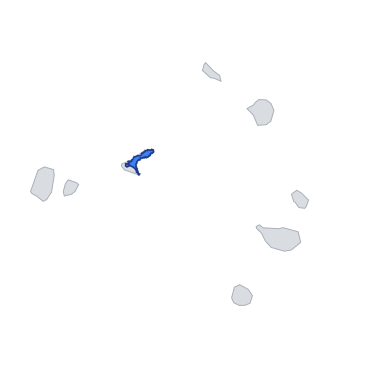 Nossa Senhora Do Rosario, Ribeira Brava, Cabo Verde shown in context, rotated 317°
{"feature_id": "66160863B38183693605809", "entity_name": "Nossa Senhora Do Rosario", "entity_type": "district", "adm_level": 2, "iso_a3": "CPV", "parent_name": "Cabo Verde", "parent_adm1": "Ribeira Brava", "projection": "robinson", "projection_center": [-24.164, 16.566], "detail": "fine", "context": "in_parent", "style": "filled", "palette": "blue", "viewbox_px": 384, "rotation_deg": 317, "n_neighbors": 0, "source": "geoboundaries", "source_scale": "gbopen_adm2", "svg_char_len": 5761}
<svg xmlns="http://www.w3.org/2000/svg" viewBox="0 0 384 384"><g transform="rotate(317 192 192)"><path d="M242.5,293.6L237.1,302.9L225.3,302.2L219.2,298.3L212.1,286.6L212.3,277.5L214.8,269.6L214.4,262.8L215.4,261.0L219.0,262.1L219.6,266.7L230.4,278.0L234.3,280.2L242.5,293.6ZM89.1,96.3L80.5,98.4L76.8,97.3L75.6,89.2L73.9,83.9L74.3,81.5L94.2,71.1L101.1,72.9L106.0,81.2L102.7,85.8L89.1,96.3ZM289.1,168.5L296.5,170.3L299.3,169.6L304.1,170.1L309.1,175.4L310.1,181.1L307.6,188.2L297.8,194.0L292.1,193.3L285.5,188.0L289.3,177.5L289.1,168.5ZM165.5,309.0L158.6,312.9L153.8,311.2L149.2,307.2L147.0,301.4L148.8,296.4L158.1,290.5L163.7,292.4L166.7,301.6L165.5,309.0ZM185.2,129.2L188.8,132.2L190.0,134.4L184.6,135.5L171.4,131.6L167.8,134.0L164.3,142.4L157.6,129.7L158.1,125.0L159.5,123.6L168.9,127.0L185.2,129.2ZM265.8,280.5L263.3,280.8L259.6,276.3L260.4,269.9L260.0,268.2L263.2,261.5L269.7,262.1L271.3,267.1L271.7,277.4L265.8,280.5ZM114.2,109.3L106.9,111.8L102.4,111.5L95.9,107.9L98.0,104.0L105.0,99.6L109.8,98.7L113.8,106.4L114.2,109.3ZM291.7,125.5L288.8,130.7L285.3,123.1L283.5,121.3L282.5,110.3L287.7,107.0L290.2,106.7L290.3,118.1L291.7,125.5Z" fill="#d9dde1" stroke="#a8b0b8" stroke-width="1"/><path d="M161.9,127.0L161.6,127.2L161.4,127.4L161.1,128.0L161.4,128.3L161.3,128.6L161.3,128.9L161.4,129.3L161.5,129.4L162.3,129.5L162.7,129.8L162.9,129.7L163.0,129.8L163.4,129.8L163.8,130.1L164.1,130.1L164.2,130.4L164.5,130.4L164.6,130.6L164.9,130.6L165.1,130.8L165.0,131.0L165.0,131.4L165.2,131.6L165.2,132.2L165.4,132.3L165.5,132.6L165.7,133.0L165.8,133.2L165.8,133.3L165.9,133.6L166.0,133.7L165.8,133.8L165.8,134.0L166.0,134.3L166.1,134.7L166.0,134.8L166.0,135.2L166.2,135.5L166.3,135.7L166.2,136.1L166.1,136.3L166.2,136.5L166.1,136.8L166.0,137.0L166.0,137.5L166.0,137.8L165.7,138.3L165.7,138.5L165.4,139.1L165.2,139.2L165.3,139.3L165.3,139.5L165.3,139.8L165.2,139.9L165.3,140.0L165.3,140.6L165.1,140.8L165.2,141.0L165.2,141.6L165.0,142.0L164.6,142.9L164.7,143.4L165.0,143.8L164.8,143.5L164.9,143.4L165.1,143.4L165.3,143.2L165.6,143.4L165.9,143.2L165.7,143.1L165.7,142.8L165.9,142.7L165.7,142.7L165.6,142.4L165.7,141.6L166.0,141.3L165.9,140.8L166.2,140.4L166.3,140.4L166.7,139.8L166.7,139.2L167.0,138.5L167.1,138.4L167.0,138.1L167.2,137.5L167.3,137.4L167.6,137.2L167.8,137.3L167.8,137.2L167.7,136.8L167.7,136.7L167.8,136.6L167.7,136.6L167.7,136.2L167.8,136.1L168.0,136.0L168.0,135.9L168.0,135.6L168.2,135.2L168.5,135.0L168.8,135.0L168.9,134.8L169.2,134.6L169.2,134.3L169.4,133.9L169.8,133.5L170.0,133.4L170.0,133.6L170.8,133.4L171.1,133.5L171.2,133.4L171.3,133.1L171.5,132.9L171.6,132.7L171.8,132.6L172.0,132.6L172.1,132.3L172.3,132.2L172.5,132.2L172.6,132.3L172.7,132.2L173.0,132.2L173.6,132.1L173.8,132.1L174.1,132.2L174.7,132.2L174.8,132.2L174.9,132.4L174.9,132.5L175.0,132.5L175.3,132.6L175.5,132.5L175.5,132.4L175.6,132.5L175.6,132.4L175.9,132.4L176.1,132.6L176.3,132.4L176.5,132.4L176.9,132.4L177.1,132.5L177.3,132.4L177.7,132.4L177.9,132.4L178.0,132.5L178.0,132.4L178.1,132.5L178.4,132.9L178.8,133.2L178.9,133.3L179.0,133.4L179.4,133.7L180.0,134.0L180.3,133.9L180.4,134.0L180.4,133.9L180.5,134.0L180.9,134.2L181.0,134.3L181.1,134.5L181.1,134.3L181.3,134.4L181.2,134.5L181.3,134.5L181.4,134.3L181.6,134.3L181.6,134.5L181.8,134.6L181.7,134.7L181.9,134.9L181.9,135.0L182.0,135.1L182.2,135.5L182.4,135.5L182.6,135.7L182.7,135.9L182.5,136.0L182.8,136.1L183.0,136.1L183.3,136.4L183.6,136.4L183.7,136.1L184.0,136.1L184.2,136.3L184.3,136.4L184.6,136.4L184.8,136.0L185.1,136.0L185.4,136.1L185.5,136.3L185.6,136.1L185.6,136.3L185.8,136.5L186.0,136.6L186.5,136.6L186.7,136.4L186.7,136.6L186.8,136.6L187.0,136.5L187.2,136.4L187.6,136.3L187.9,136.1L188.0,135.8L188.1,135.7L188.2,135.8L188.4,136.0L188.7,136.1L188.8,136.0L189.0,135.9L189.3,135.9L189.4,136.0L189.6,136.2L189.7,136.6L189.9,136.5L190.0,136.4L190.4,136.5L190.8,136.7L191.1,136.6L191.6,136.3L191.6,136.2L191.6,135.8L191.6,135.7L191.8,135.6L191.8,135.4L192.0,135.3L191.9,135.2L192.1,135.0L192.2,134.9L192.2,134.7L192.3,134.6L192.1,134.4L192.1,134.1L191.8,134.0L191.8,133.8L191.6,133.6L191.4,133.6L191.4,133.4L191.2,133.5L191.0,133.8L190.9,133.7L191.0,133.4L190.9,133.2L190.5,133.2L190.3,133.0L190.2,133.1L189.8,133.2L189.7,133.1L189.6,132.4L189.3,132.3L189.2,132.2L189.2,131.7L189.0,131.4L188.9,131.4L188.8,131.2L188.4,131.2L188.1,130.9L187.8,131.0L187.9,130.7L187.6,130.7L187.4,130.7L187.1,130.6L186.9,130.5L186.8,130.4L186.7,130.4L186.1,130.2L185.9,130.3L185.9,130.2L185.8,130.3L185.7,130.2L185.6,130.3L185.3,130.1L184.8,130.1L184.7,130.0L184.1,129.9L184.0,130.1L183.9,130.0L183.5,130.0L183.3,130.1L183.2,130.0L182.9,130.0L182.7,129.9L182.3,129.7L182.0,129.7L182.0,129.4L181.8,129.4L181.8,129.5L181.7,129.4L181.4,129.4L181.3,129.6L181.0,129.7L180.9,130.0L180.6,130.3L180.0,130.3L179.8,130.3L179.3,130.1L178.7,130.0L178.2,129.7L177.8,129.3L177.5,128.8L177.3,128.4L177.0,128.5L176.4,128.2L176.2,128.1L176.0,127.8L175.5,127.7L175.4,127.6L175.2,127.6L175.3,127.7L175.1,127.8L174.5,127.6L174.3,127.4L174.2,127.3L174.0,127.2L173.9,127.1L173.8,126.8L173.6,127.0L172.8,126.9L172.6,127.1L172.4,127.1L171.9,127.6L171.6,127.7L171.1,127.7L170.6,127.9L170.4,127.6L170.2,127.7L169.9,127.6L169.7,127.5L169.4,127.6L169.2,127.6L169.2,127.8L168.9,127.9L169.0,128.1L168.8,128.3L168.6,128.4L168.4,128.4L167.9,128.2L167.5,127.9L167.5,127.5L167.4,127.4L167.5,127.3L167.4,127.1L167.2,126.9L166.8,127.0L166.7,126.9L166.3,126.6L166.3,126.1L166.1,126.2L165.8,126.1L165.7,126.2L165.7,126.5L165.6,127.0L165.4,127.4L165.5,128.0L165.5,128.6L165.4,128.7L165.2,128.8L164.4,128.6L164.3,128.4L164.3,128.1L164.6,127.7L164.3,127.5L164.2,127.6L163.9,127.5L163.6,127.2L163.5,126.8L163.4,126.7L162.9,126.6L162.8,126.4L162.7,126.4L162.8,126.2L162.7,126.1L162.3,126.5L162.0,127.0L161.9,127.0Z" fill="#3b82f6" stroke="#1e3a8a" stroke-width="1.5"/></g></svg>